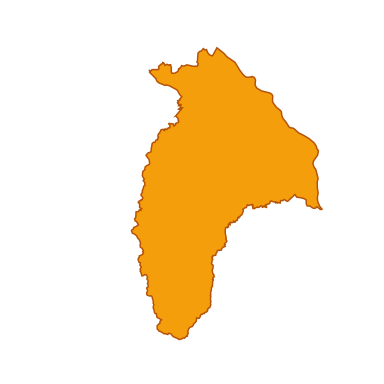 Morales, Bolívar, Colombia, rotated 310°
{"feature_id": "7082276B13474155488733", "entity_name": "Morales", "entity_type": "district", "adm_level": 2, "iso_a3": "COL", "parent_name": "Colombia", "parent_adm1": "Bolívar", "projection": "robinson", "projection_center": [-74.012, 8.269], "detail": "fine", "context": "isolated", "style": "filled", "palette": "amber", "viewbox_px": 384, "rotation_deg": 310, "n_neighbors": 0, "source": "geoboundaries", "source_scale": "gbopen_adm2", "svg_char_len": 6071}
<svg xmlns="http://www.w3.org/2000/svg" viewBox="0 0 384 384"><g transform="rotate(310 192 192)"><path d="M64.6,253.6L64.8,254.2L64.2,255.8L65.1,258.6L65.4,261.7L66.5,262.7L66.6,263.8L67.3,265.1L68.6,264.8L69.8,266.8L69.1,270.7L70.6,275.0L70.6,276.8L72.7,278.5L74.5,279.0L75.2,280.2L77.9,280.4L78.6,281.1L79.8,280.1L81.5,279.9L82.3,278.5L85.2,277.4L87.1,277.4L88.8,278.5L90.4,278.7L91.7,278.1L95.4,278.4L97.2,277.5L98.0,276.6L98.6,276.5L99.5,278.4L100.0,278.7L101.8,278.4L103.4,277.5L104.3,277.8L104.7,278.4L106.1,278.6L106.8,279.5L107.7,279.3L109.8,280.3L111.3,280.2L112.0,279.4L113.9,279.2L114.6,279.9L117.6,279.0L118.5,277.8L120.4,276.7L121.4,275.2L123.8,273.8L124.3,272.7L125.3,272.6L126.8,270.9L128.7,270.2L131.6,268.2L132.6,268.4L136.7,265.4L138.3,264.9L138.4,263.8L139.0,264.0L139.2,263.4L140.0,263.1L141.5,263.5L141.9,262.4L142.8,261.8L142.7,260.7L144.1,258.8L145.5,257.4L146.1,257.5L149.0,255.8L149.6,254.5L149.4,253.6L149.8,252.7L151.3,252.3L151.9,251.6L153.8,251.2L154.0,249.9L154.9,249.1L155.5,249.6L156.6,248.9L158.7,250.8L160.5,249.8L161.5,250.0L162.9,249.1L164.5,249.7L165.0,250.8L166.3,251.2L166.5,251.8L167.2,251.3L169.5,251.2L171.6,252.4L172.1,251.0L172.9,251.3L173.4,250.2L175.6,250.5L176.9,250.2L177.4,248.4L178.1,248.3L178.5,247.5L179.1,247.4L181.4,244.4L184.0,242.0L186.4,240.6L187.2,241.2L187.4,242.0L188.3,241.7L188.7,242.4L190.7,240.5L191.1,240.7L191.3,242.3L191.8,242.1L193.0,240.6L193.5,241.0L194.0,242.2L195.6,243.2L196.4,242.7L196.2,243.9L196.5,244.4L198.3,244.2L199.5,244.9L200.1,244.3L200.9,244.2L201.8,243.5L202.2,243.7L202.4,244.4L203.0,243.9L203.8,244.6L205.0,244.3L206.7,244.8L210.6,243.5L211.3,242.1L213.9,242.7L215.0,243.6L217.8,242.7L218.2,244.3L219.9,245.0L220.3,246.0L221.0,246.0L221.4,246.5L221.0,247.2L220.2,247.3L220.0,248.3L219.3,248.3L218.5,249.3L219.6,250.7L220.3,250.5L221.2,251.2L222.1,251.3L223.2,253.2L225.8,253.7L226.2,254.6L225.5,255.7L226.0,256.1L227.6,256.2L227.4,257.5L228.1,259.0L228.6,258.7L229.4,256.6L230.1,256.8L230.8,257.6L232.7,258.7L233.5,258.8L234.8,258.0L236.1,258.4L236.8,260.7L237.6,261.8L237.5,262.9L238.1,262.5L238.8,263.7L238.4,264.2L238.6,264.7L239.7,265.4L240.2,266.6L242.3,265.4L243.9,267.2L245.3,267.2L245.7,267.9L245.7,269.9L246.4,271.3L256.2,272.5L255.4,275.5L258.3,280.4L259.3,283.5L259.0,284.9L256.5,287.0L255.4,289.1L257.1,291.6L257.3,294.6L258.0,296.2L259.3,297.1L260.7,297.0L261.1,297.4L261.1,301.4L261.5,302.2L262.5,302.6L263.1,299.1L265.4,294.6L268.0,291.8L272.4,289.2L275.4,285.7L280.1,281.5L283.4,279.9L288.8,272.4L289.6,269.3L291.3,266.6L293.7,265.2L301.0,264.5L303.9,262.9L304.9,262.2L305.6,259.5L306.6,258.4L307.4,256.5L308.2,253.6L308.1,247.1L307.1,240.9L305.8,235.5L306.1,229.4L305.9,228.4L304.3,225.7L304.2,224.7L306.0,218.9L306.8,214.3L308.6,211.3L310.8,209.0L311.3,207.3L311.2,202.1L312.5,196.6L313.4,195.2L317.1,192.4L317.8,191.6L318.1,190.4L318.1,188.9L317.7,187.6L314.1,180.2L313.3,175.3L313.7,173.3L314.9,171.2L318.6,168.7L319.8,166.2L319.1,163.8L318.8,163.5L318.5,163.7L316.0,161.3L315.2,160.3L314.6,158.3L314.9,154.9L316.0,150.3L319.0,141.5L318.0,131.7L318.7,127.5L318.5,118.4L309.4,120.2L308.5,117.8L308.4,116.6L308.9,114.3L310.4,111.6L309.1,110.8L309.2,108.5L305.7,108.4L304.7,107.6L303.2,107.3L302.0,107.5L295.8,112.0L294.7,112.2L294.4,114.3L291.8,115.2L289.2,112.3L286.1,106.3L283.2,104.9L282.2,102.8L280.7,103.2L279.7,102.9L278.8,103.3L278.3,103.2L277.9,102.6L277.3,102.7L276.2,103.6L275.1,103.6L272.2,102.6L270.1,100.5L271.0,98.6L274.1,96.2L274.8,95.1L275.0,94.1L275.7,93.9L275.6,93.5L274.1,92.4L273.8,90.8L271.7,89.9L272.5,87.9L272.7,87.1L272.3,86.3L271.5,86.9L270.2,86.2L266.8,85.7L265.3,87.2L264.2,87.5L260.0,82.7L257.8,82.7L257.9,81.4L257.4,81.4L257.3,82.7L256.4,82.7L255.7,91.3L254.4,93.7L254.2,96.1L256.3,102.8L257.7,103.8L258.9,106.7L260.5,114.5L260.3,115.8L258.8,119.8L258.3,123.0L254.8,122.9L254.9,123.4L254.0,123.5L253.3,123.4L252.8,122.6L252.5,123.5L251.2,123.3L250.7,124.4L251.1,124.7L250.7,125.2L251.0,125.9L249.5,126.2L250.0,126.8L251.1,126.5L251.5,127.0L250.8,126.9L251.0,127.8L250.4,127.7L249.7,128.4L249.8,129.3L248.8,129.4L248.0,128.6L246.9,128.4L247.2,129.2L248.0,129.1L249.9,130.6L239.6,130.6L240.1,130.9L239.5,132.5L239.7,133.3L239.1,134.6L238.2,134.9L237.5,136.6L236.6,136.8L234.0,135.4L233.1,136.2L230.9,135.7L232.2,134.2L231.3,132.6L230.8,132.3L230.3,130.9L229.5,130.3L229.1,130.8L228.9,132.2L227.1,133.7L226.5,132.9L225.4,132.9L224.9,132.2L224.0,132.6L223.3,131.8L223.0,130.8L221.6,131.6L221.2,130.8L221.6,130.2L221.3,129.4L219.7,128.3L216.2,129.3L215.7,128.9L214.1,129.2L212.7,130.1L212.5,131.1L210.5,131.4L210.0,132.1L208.4,131.0L206.8,131.6L205.9,131.4L205.2,130.5L203.6,130.3L198.4,133.3L197.3,134.3L196.1,134.6L193.5,133.2L190.8,133.1L190.4,133.4L189.3,138.2L186.5,141.4L185.4,141.4L182.9,140.3L181.4,140.1L180.8,140.1L178.7,141.6L177.0,141.1L175.8,141.3L172.8,143.3L171.7,145.2L171.3,147.2L169.4,147.3L168.9,149.6L166.8,151.6L165.4,151.3L163.2,152.5L161.1,153.0L159.9,154.2L157.3,154.5L156.8,155.0L156.3,157.4L155.7,158.2L154.0,158.7L153.2,157.9L152.2,158.3L151.6,157.5L150.2,157.2L149.5,157.5L149.2,157.9L149.6,158.4L149.5,159.2L146.6,161.7L146.8,163.9L146.1,163.5L145.2,164.7L144.5,163.1L142.7,163.6L140.8,161.9L136.5,165.2L134.5,165.3L133.3,167.1L133.7,168.4L132.5,172.1L129.3,171.2L127.5,170.2L125.8,170.9L124.7,170.3L123.5,170.5L122.1,172.9L122.8,174.8L122.9,177.6L121.6,180.5L121.8,181.7L119.9,185.4L118.2,186.2L116.6,187.7L116.7,190.1L116.0,192.2L114.8,192.4L114.4,193.8L113.6,193.7L112.4,194.3L109.0,192.7L108.5,193.4L106.8,193.5L105.6,194.1L104.1,196.7L104.6,197.9L102.4,199.2L102.1,201.3L99.6,201.8L99.2,203.0L98.0,203.1L97.5,204.8L95.5,207.6L97.0,208.6L98.5,208.9L98.8,209.5L99.1,210.7L98.1,212.8L96.5,213.2L95.9,215.2L94.5,216.6L93.4,216.5L92.4,218.5L90.7,219.4L89.7,218.9L89.1,219.1L88.3,220.9L87.5,221.6L85.4,222.2L84.5,223.1L84.2,224.1L84.4,224.7L85.2,226.6L86.3,227.6L86.3,228.3L83.3,232.8L82.1,233.4L81.1,235.3L79.6,235.8L78.0,237.1L77.4,238.6L75.6,240.6L75.2,242.0L75.9,242.9L73.5,245.7L74.5,250.8L72.4,250.6L70.7,251.8L69.7,251.4L67.0,251.3L64.6,253.6Z" fill="#f59e0b" stroke="#b45309" stroke-width="1.5"/></g></svg>